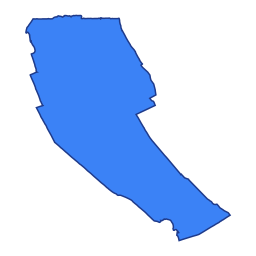 Ruginoasa, Neamt, Romania
{"feature_id": "2599482B69154403350472", "entity_name": "Ruginoasa", "entity_type": "district", "adm_level": 2, "iso_a3": "ROU", "parent_name": "Romania", "parent_adm1": "Neamt", "projection": "equal_earth", "projection_center": [26.701, 46.98], "detail": "fine", "context": "isolated", "style": "filled", "palette": "blue", "viewbox_px": 256, "rotation_deg": 0, "n_neighbors": 0, "source": "geoboundaries", "source_scale": "gbopen_adm2", "svg_char_len": 5405}
<svg xmlns="http://www.w3.org/2000/svg" viewBox="0 0 256 256"><path d="M197.8,234.8L198.9,234.4L199.6,234.0L203.3,231.8L210.9,227.1L214.1,225.3L215.8,224.2L218.9,222.5L219.8,221.8L220.0,221.5L221.2,220.9L221.3,220.9L222.1,220.2L222.7,220.0L224.4,218.9L226.3,217.6L230.1,215.2L228.2,212.7L224.2,210.7L222.9,209.7L219.9,207.8L218.4,205.8L216.9,204.2L215.5,204.5L213.8,204.3L212.4,203.2L212.0,202.4L211.2,201.5L210.2,201.0L209.3,200.2L207.4,199.0L188.9,180.0L188.6,179.3L188.3,179.1L186.9,178.7L185.6,178.2L184.9,177.9L184.7,177.9L184.3,177.6L183.9,177.0L181.6,174.6L181.4,174.2L180.7,174.5L180.7,174.3L166.4,157.3L164.6,155.4L155.3,144.4L153.3,142.0L152.3,140.9L150.0,137.9L148.6,135.7L146.7,132.4L145.5,130.7L144.6,129.1L144.2,128.1L143.6,127.3L141.0,122.9L138.0,117.5L137.0,116.0L136.1,114.4L155.2,105.4L154.5,103.6L154.0,102.2L153.2,101.2L151.7,100.7L149.7,98.3L155.9,94.9L155.5,92.4L155.1,89.5L153.7,84.0L151.0,80.3L150.4,78.2L149.9,75.1L147.7,72.1L142.5,67.3L141.2,65.6L141.0,65.1L141.3,64.8L142.0,64.4L142.4,64.1L142.4,63.9L141.7,63.2L140.8,62.0L139.4,59.9L139.5,59.6L138.0,57.2L136.6,54.6L135.7,52.8L135.5,52.2L135.3,51.4L135.1,51.2L134.9,51.1L134.5,50.5L134.2,49.9L131.9,47.3L131.1,46.3L130.5,45.4L130.2,44.6L129.8,44.0L127.8,40.8L126.1,37.8L124.9,35.4L124.2,34.1L122.6,31.2L122.4,30.7L122.1,30.8L122.0,30.6L121.9,30.2L121.7,30.0L121.6,29.3L121.3,28.5L121.1,28.2L120.9,26.9L120.8,26.1L120.8,25.8L120.7,25.5L120.5,24.9L120.3,24.5L120.0,23.5L119.8,22.6L119.8,22.2L119.7,22.0L119.6,21.2L119.6,20.7L119.6,20.3L119.4,19.4L119.3,19.0L119.1,18.4L118.6,18.3L118.2,18.5L117.3,18.6L116.2,18.6L115.6,18.6L113.1,18.6L112.4,18.5L111.9,18.6L111.2,18.6L110.6,18.7L109.6,18.1L107.8,18.2L105.7,18.2L104.4,18.3L104.1,18.4L103.6,18.3L103.0,18.3L102.8,18.3L102.3,18.2L102.1,18.3L101.6,18.3L101.3,18.2L101.3,17.9L101.0,17.8L100.8,17.8L100.7,18.2L100.5,18.6L100.7,18.8L100.6,19.0L100.4,18.9L100.1,18.5L99.8,18.3L98.8,18.2L98.3,18.4L98.0,18.5L94.4,18.5L92.8,18.6L92.3,18.6L91.8,18.5L91.3,18.5L90.7,18.4L88.9,18.5L88.1,18.4L87.5,18.5L84.7,18.6L84.4,18.5L84.0,18.2L83.6,18.2L83.2,18.3L82.9,18.6L81.9,18.6L81.4,18.5L81.4,18.3L81.4,18.2L81.4,17.8L81.6,16.3L81.3,15.8L81.0,15.6L80.5,15.5L79.7,15.5L79.4,15.6L78.8,15.5L78.4,15.6L77.7,15.6L77.2,15.6L76.9,15.4L76.2,15.4L75.6,15.5L74.6,15.6L74.2,15.7L73.7,15.5L72.0,16.1L70.7,16.3L70.7,16.5L70.4,16.2L69.4,16.0L69.3,15.8L69.2,15.8L68.4,16.1L68.2,16.1L67.1,15.8L65.8,15.5L64.7,15.7L64.4,15.6L64.2,15.8L64.3,16.1L63.9,16.3L63.3,16.5L63.2,16.7L62.9,17.0L62.5,17.1L61.1,16.4L60.7,16.3L59.9,16.3L58.7,15.9L58.4,15.9L57.4,16.3L56.9,17.0L56.4,16.9L55.3,17.0L54.0,17.5L52.5,18.7L52.1,18.8L50.7,18.9L49.4,18.8L48.6,18.8L48.4,18.6L47.1,18.9L42.6,18.9L41.5,19.0L38.4,19.0L36.9,18.8L36.2,18.9L35.3,19.0L33.9,18.9L33.4,19.0L33.1,18.9L31.6,21.2L31.1,22.0L28.7,25.3L28.3,26.1L27.8,26.6L27.1,27.4L26.8,28.0L26.7,28.7L26.5,29.3L26.2,30.5L26.2,31.1L26.1,31.3L26.1,31.9L25.9,32.1L25.9,32.3L26.0,32.8L26.3,32.9L26.3,32.6L26.9,32.6L27.1,32.6L27.6,32.2L27.8,32.2L28.0,32.4L28.5,33.0L28.7,33.4L28.9,33.6L29.0,33.9L29.3,34.2L29.5,34.6L29.6,34.9L29.7,35.2L29.7,35.3L29.5,35.7L29.7,36.1L29.7,36.6L29.8,37.0L29.8,37.5L30.0,38.1L30.0,39.1L30.1,39.4L30.3,39.9L30.2,40.2L30.3,40.4L30.2,40.6L30.3,41.0L30.6,40.9L30.9,40.8L31.2,40.9L31.2,41.4L31.1,41.5L31.2,41.9L30.9,42.2L31.5,42.8L32.0,43.6L32.3,44.4L32.5,44.8L32.6,45.0L32.8,45.1L33.2,45.5L33.2,45.8L33.6,46.2L34.4,47.6L34.8,49.1L35.1,50.5L34.9,51.5L34.5,52.3L34.1,52.7L33.5,53.2L33.0,53.4L31.7,53.8L31.3,54.0L31.5,54.9L31.9,56.1L32.4,57.2L32.6,58.0L33.4,60.3L34.0,62.3L34.6,64.0L34.9,65.3L35.1,66.3L35.3,66.9L35.7,67.8L36.1,69.2L36.2,69.9L36.1,70.5L36.2,70.9L36.5,71.8L36.6,72.0L36.8,72.1L36.3,72.2L33.5,73.5L30.6,74.7L30.3,74.8L30.2,75.0L31.8,78.8L34.0,83.7L35.0,86.3L35.5,87.6L35.5,88.0L35.7,88.9L36.4,90.3L38.7,95.7L39.9,99.2L40.4,101.0L40.7,101.3L41.7,103.5L42.4,105.0L42.9,105.5L36.4,107.6L40.0,114.6L40.9,116.8L42.1,118.9L42.3,119.0L42.6,119.4L42.9,120.3L44.2,122.5L44.9,123.9L46.0,125.4L47.4,128.6L51.3,135.6L52.8,138.6L54.5,141.9L54.5,142.0L54.7,142.4L55.4,142.9L58.8,145.8L60.9,147.8L62.1,148.7L66.1,152.3L66.9,152.9L67.1,153.1L71.7,157.2L75.9,160.7L77.3,161.8L79.0,163.4L79.9,164.2L80.6,164.6L84.0,167.4L87.7,170.9L90.8,173.4L93.7,176.1L98.3,180.1L101.2,182.7L104.0,184.9L107.0,187.7L107.7,188.1L108.5,188.9L110.0,190.1L111.8,191.5L113.6,192.7L114.8,193.3L116.2,193.9L116.6,194.2L117.2,194.9L118.0,195.3L120.0,195.2L121.1,195.4L121.5,195.6L125.5,197.2L126.4,197.6L128.7,198.7L130.8,199.8L131.7,200.4L132.2,200.8L132.8,201.6L134.6,203.2L136.0,204.3L137.1,205.2L138.7,206.8L139.8,207.7L141.4,209.0L144.7,211.8L146.4,213.4L147.6,214.7L150.5,217.4L152.0,218.9L154.1,220.8L154.5,221.0L155.1,221.0L155.8,221.2L156.6,221.3L156.9,221.3L157.9,221.7L159.3,222.3L159.7,222.3L160.0,222.1L160.4,221.8L160.8,221.4L160.9,221.2L161.0,220.9L161.0,220.7L160.9,220.5L162.0,220.6L162.6,220.4L162.8,220.3L163.1,220.1L163.2,219.9L163.3,219.6L163.6,219.4L164.3,219.4L164.4,219.1L164.5,219.1L164.8,219.1L165.1,219.2L165.6,219.3L165.9,219.1L166.5,219.0L167.5,219.4L168.3,219.5L168.6,219.6L170.1,220.1L170.7,220.4L171.7,222.1L172.0,222.6L172.7,223.6L173.1,224.8L173.3,225.9L173.4,227.5L173.0,228.5L173.1,229.1L173.5,230.2L174.3,230.3L175.1,229.6L176.3,229.6L177.0,230.5L178.0,231.4L178.7,232.6L178.0,232.8L177.2,232.4L176.8,235.2L177.8,236.1L178.5,237.9L179.1,240.6L183.3,239.2L193.3,236.1L196.2,235.3L197.8,234.8Z" fill="#3b82f6" stroke="#1e3a8a" stroke-width="1.5"/></svg>